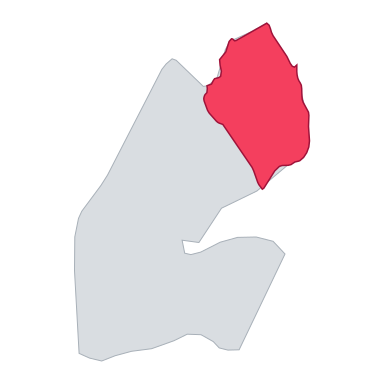 Djibouti, with Obock highlighted
{"feature_id": "DJI-1570", "entity_name": "Obock", "entity_type": "Region", "adm_level": 1, "iso_a3": "DJI", "parent_name": "Djibouti", "parent_adm1": "", "projection": "equal_earth", "projection_center": [43.052, 12.273], "detail": "fine", "context": "in_parent", "style": "filled", "palette": "rose", "viewbox_px": 384, "rotation_deg": 0, "n_neighbors": 0, "source": "natural_earth", "source_scale": "10m", "svg_char_len": 1677}
<svg xmlns="http://www.w3.org/2000/svg" viewBox="0 0 384 384"><path d="M285.0,254.0L272.7,279.7L257.0,312.5L239.1,349.8L227.9,350.1L219.2,347.9L213.3,341.6L201.0,334.7L187.2,334.2L174.0,340.7L151.6,348.7L131.5,351.3L115.2,355.7L101.7,361.0L89.6,358.1L79.1,353.4L76.9,313.7L74.5,270.6L74.8,236.9L78.5,218.4L81.8,211.2L100.9,185.5L107.5,175.1L129.3,132.7L148.0,96.4L161.9,69.3L166.2,63.9L172.1,58.8L176.2,60.3L203.3,86.4L208.0,85.7L217.1,77.6L225.3,49.6L231.1,39.4L233.5,39.7L250.9,31.9L266.6,23.0L268.7,32.2L292.5,69.8L300.3,88.2L308.3,122.1L304.1,140.9L297.9,153.2L288.7,164.2L256.9,191.0L221.5,208.2L198.9,242.5L182.1,240.2L184.7,253.2L190.9,254.6L200.7,252.1L220.2,242.2L237.5,237.4L256.2,237.0L273.1,241.3L285.0,254.0Z" fill="#d9dde1" stroke="#a8b0b8" stroke-width="1"/><path d="M234.5,40.8L236.0,40.6L266.8,23.2L269.1,25.2L270.4,28.6L271.5,32.4L273.0,35.6L286.9,56.5L290.3,63.5L292.3,66.3L294.5,67.1L296.8,65.0L296.8,71.7L297.1,74.9L297.8,78.2L298.9,80.8L300.2,82.9L301.3,85.2L301.7,88.6L301.9,95.9L302.3,99.7L303.2,102.4L308.5,112.2L308.9,115.4L308.5,126.5L309.5,140.9L308.8,147.0L306.7,152.7L303.6,157.4L299.8,160.7L298.7,161.1L294.9,162.0L291.0,164.6L288.2,165.3L282.1,165.5L279.4,166.4L274.8,170.8L263.9,188.1L263.1,188.7L262.3,189.2L258.9,184.7L257.7,182.3L253.7,170.9L252.1,167.4L222.8,124.4L219.1,123.1L217.7,122.3L216.4,121.2L209.3,113.2L208.3,111.6L207.5,110.2L204.2,101.2L203.9,99.8L203.8,98.3L204.1,96.9L204.5,95.7L205.0,94.7L206.9,92.6L207.3,88.8L207.0,85.7L211.5,84.1L213.4,80.4L214.6,78.7L218.8,77.6L220.6,76.4L221.4,71.2L220.1,65.3L219.6,59.6L225.8,51.9L229.1,41.5L231.5,38.8L232.7,39.0L234.5,40.8Z" fill="#f43f5e" stroke="#9f1239" stroke-width="1.5"/></svg>